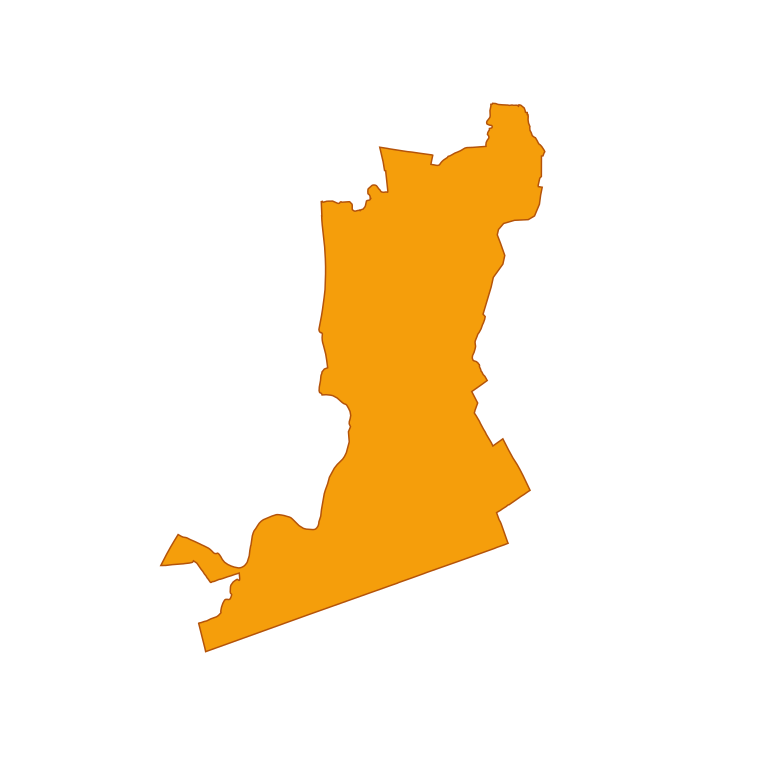 outline of Bolintin-Vale, Giurgiu, Romania, rotated 285°
{"feature_id": "2599482B86536056003936", "entity_name": "Bolintin-Vale", "entity_type": "district", "adm_level": 2, "iso_a3": "ROU", "parent_name": "Romania", "parent_adm1": "Giurgiu", "projection": "robinson", "projection_center": [25.723, 44.447], "detail": "fine", "context": "isolated", "style": "filled", "palette": "amber", "viewbox_px": 768, "rotation_deg": 285, "n_neighbors": 0, "source": "geoboundaries", "source_scale": "gbopen_adm2", "svg_char_len": 6145}
<svg xmlns="http://www.w3.org/2000/svg" viewBox="0 0 768 768"><g transform="rotate(285 384 384)"><path d="M649.9,479.2L650.2,479.1L651.7,477.7L654.2,474.9L655.4,473.0L655.9,471.6L657.2,470.2L658.2,469.4L661.1,466.5L661.1,465.8L662.2,463.0L664.8,461.2L666.9,459.3L669.4,458.4L670.3,458.4L673.4,456.1L676.4,454.8L679.9,454.0L681.5,453.3L681.3,452.7L683.3,452.1L683.0,450.4L684.9,449.4L686.9,448.0L688.7,444.0L688.6,442.1L687.1,442.0L687.2,441.7L687.7,441.1L687.7,440.4L686.7,436.7L686.6,435.4L685.6,433.1L685.5,432.5L685.5,431.5L685.2,430.2L684.3,426.0L683.6,422.1L683.6,421.3L683.8,419.4L683.7,418.7L683.2,416.2L682.4,416.1L682.1,415.9L681.8,414.8L680.3,415.3L675.5,415.6L670.8,417.1L669.5,417.3L668.4,417.1L664.4,415.4L663.0,415.5L662.0,416.0L661.7,416.5L661.4,418.6L661.4,419.8L661.6,421.0L661.3,421.4L660.5,422.0L659.8,422.0L659.1,421.6L658.1,419.7L656.4,420.0L655.2,419.5L653.7,419.2L651.9,419.3L650.6,420.9L649.7,421.4L649.1,421.5L648.5,421.5L646.0,420.6L643.8,420.2L641.5,420.5L639.9,421.0L635.5,408.4L633.8,402.9L632.8,401.1L629.1,397.5L627.0,394.9L625.4,392.7L622.8,390.1L621.4,388.6L620.7,387.4L620.4,387.0L619.2,386.6L615.9,383.7L614.4,382.7L612.9,381.9L610.0,380.8L609.4,380.0L609.0,379.2L608.7,377.5L608.7,376.6L608.3,372.5L610.1,372.3L617.6,371.9L617.7,371.1L616.3,360.1L615.2,350.7L614.5,346.4L612.5,327.9L612.5,327.0L611.6,318.6L598.5,325.6L590.3,329.3L590.4,330.4L571.5,337.7L571.1,337.8L570.2,337.8L570.2,337.2L570.1,336.8L569.7,335.4L569.1,334.3L568.9,332.9L568.9,331.9L569.2,331.1L570.5,329.7L571.1,328.5L573.1,326.1L573.6,325.3L573.8,324.4L573.7,323.1L573.4,322.0L572.7,321.0L568.7,318.4L568.2,318.2L567.6,318.2L565.6,318.6L563.6,319.3L563.2,320.4L562.8,321.0L562.0,321.7L561.3,322.2L559.9,322.5L559.9,323.2L558.6,322.9L557.8,322.2L556.9,320.3L556.2,319.7L551.3,319.9L550.4,319.8L547.8,318.7L547.5,318.5L546.9,317.5L546.1,316.5L545.9,315.8L545.4,316.0L545.2,314.6L544.8,313.7L543.4,311.3L543.5,310.0L543.7,309.5L544.1,308.5L544.2,308.3L545.2,307.9L548.0,307.2L549.4,306.6L551.1,303.8L551.1,303.3L548.7,296.3L548.9,295.3L548.3,294.6L547.1,294.2L546.6,293.1L546.6,292.1L547.4,287.1L545.8,281.6L543.7,278.0L544.5,277.2L543.9,276.2L530.2,280.5L530.2,280.3L526.1,281.6L521.6,283.2L501.0,291.2L489.9,294.9L482.2,297.2L475.0,299.1L460.0,302.6L452.0,303.8L439.3,305.4L433.4,306.0L420.0,307.0L419.4,307.2L418.3,307.8L417.4,308.9L417.2,309.4L417.4,310.4L416.5,311.5L412.8,312.2L410.1,313.1L408.0,314.1L405.2,315.8L397.7,320.0L392.1,322.5L385.1,325.4L383.0,322.5L379.6,321.0L378.0,321.2L376.6,321.0L375.5,321.0L370.7,321.8L364.3,322.3L360.5,323.1L360.1,323.5L359.1,324.0L359.0,324.8L358.6,326.0L358.0,326.7L357.4,327.0L358.7,330.9L359.4,335.3L359.5,337.6L358.4,342.3L355.5,348.0L354.7,350.0L354.4,352.5L353.9,353.5L351.6,355.8L348.7,358.3L345.0,360.0L341.7,360.3L338.7,360.2L336.5,360.7L334.1,362.7L328.7,362.0L319.1,365.4L307.9,365.4L303.8,364.6L300.7,363.5L294.2,359.7L289.8,357.8L279.8,355.4L273.1,355.4L266.3,354.8L262.5,354.7L246.6,356.1L240.0,357.1L234.1,356.8L232.2,357.1L230.2,357.1L229.0,356.8L227.6,356.3L226.3,355.5L225.7,354.8L225.0,353.2L223.7,346.5L223.7,343.6L225.2,338.6L229.8,330.6L230.7,328.7L231.0,327.0L231.0,325.4L231.1,321.6L230.9,318.9L230.5,316.0L230.2,314.7L229.9,313.8L227.4,309.9L221.7,302.6L220.4,301.5L219.5,300.8L217.2,299.5L214.6,298.6L211.3,297.6L208.5,296.5L206.4,296.2L203.2,296.1L193.8,297.2L193.1,297.1L188.5,297.5L183.1,298.3L176.3,298.0L175.0,297.5L172.8,296.5L171.8,295.8L170.4,294.4L169.7,293.4L169.2,292.5L168.7,291.2L168.4,286.7L168.6,283.6L169.2,280.0L170.5,276.3L170.8,275.8L172.6,273.3L175.0,271.0L176.8,268.9L177.5,267.4L177.5,266.9L177.3,266.6L176.9,266.1L176.7,265.7L176.6,265.3L176.5,264.1L177.0,262.8L178.4,260.5L179.4,258.5L180.0,257.0L180.5,254.6L181.0,252.2L181.5,249.2L181.8,247.9L182.9,241.8L183.6,237.0L184.3,233.9L184.4,232.5L184.1,229.5L184.4,227.6L185.3,224.1L178.2,222.0L171.0,220.0L163.4,218.1L150.9,215.4L152.2,220.0L154.7,226.2L157.1,233.0L158.5,237.0L158.8,237.6L160.7,242.4L161.8,244.5L162.2,245.1L162.9,245.5L163.9,245.7L162.7,249.2L162.2,250.0L157.6,255.4L156.0,257.6L154.0,259.7L152.6,261.7L151.0,263.3L150.0,264.7L147.7,267.4L147.5,267.8L147.5,268.1L147.9,268.8L148.5,269.2L148.8,269.6L149.1,270.6L149.7,271.5L152.6,275.3L153.1,276.5L154.4,278.6L157.3,282.8L159.2,285.9L161.4,289.1L163.9,293.1L159.8,294.6L158.2,295.1L157.1,295.2L156.9,295.1L156.8,294.8L156.8,294.3L157.3,293.2L157.3,292.8L157.1,292.4L155.2,290.7L153.6,289.5L150.1,288.2L148.3,288.2L143.6,289.2L142.3,289.8L141.5,291.1L141.2,291.3L140.9,291.4L139.2,291.4L137.1,291.1L136.3,290.8L135.6,289.9L135.4,288.2L135.0,286.9L134.4,286.2L133.1,285.7L130.5,285.1L126.5,284.8L123.5,285.0L122.1,285.2L120.9,285.7L120.6,285.6L118.3,284.4L117.2,283.7L115.8,282.5L112.4,277.6L109.3,274.1L108.0,271.7L106.2,269.1L105.2,267.1L104.9,266.9L82.4,279.4L79.3,281.0L141.2,370.1L190.9,442.3L195.1,448.5L195.9,449.4L204.0,461.2L211.3,471.7L213.2,474.3L232.0,501.8L253.9,533.4L255.4,535.3L259.9,541.9L262.3,545.1L263.4,544.2L279.2,533.4L281.0,532.0L282.6,530.4L288.9,526.0L292.3,529.3L294.0,530.7L297.7,534.1L298.5,534.5L299.5,535.4L299.7,536.0L310.8,545.3L313.5,547.8L317.0,550.7L319.1,552.6L331.3,542.2L336.7,537.3L340.7,533.4L345.9,527.7L352.6,521.3L361.8,513.0L352.3,505.2L355.0,502.9L361.8,495.9L363.7,494.3L366.2,491.7L371.0,487.2L372.7,485.8L377.2,481.2L379.3,478.8L380.1,478.7L380.9,478.8L381.8,478.7L389.9,479.4L399.4,470.7L408.9,478.6L414.1,482.8L417.5,479.5L418.8,477.3L420.4,475.9L421.4,474.9L421.5,474.5L423.4,473.4L425.3,471.8L425.7,471.6L426.3,471.6L427.4,471.0L427.9,470.1L428.6,469.4L429.5,467.5L429.6,466.7L429.6,465.7L429.7,464.7L429.9,464.0L431.6,462.7L432.6,462.4L434.5,462.2L437.9,462.8L441.3,462.9L443.4,462.8L444.1,462.7L444.9,462.4L446.2,461.8L448.0,461.1L449.5,461.0L454.4,461.6L456.2,461.7L458.7,462.6L462.5,463.5L466.7,463.8L468.8,464.2L472.4,464.5L475.3,464.3L477.1,461.6L505.4,462.4L515.3,462.0L530.6,467.8L539.4,467.4L550.1,460.1L557.4,454.8L562.9,454.6L570.0,458.0L575.9,467.7L580.1,480.8L585.3,485.9L597.8,487.6L607.1,486.4L615.0,485.9L614.6,482.0L615.6,481.5L623.1,481.2L625.2,482.3L644.9,477.1L645.5,478.5L648.6,478.8L649.9,479.2Z" fill="#f59e0b" stroke="#b45309" stroke-width="1.5"/></g></svg>